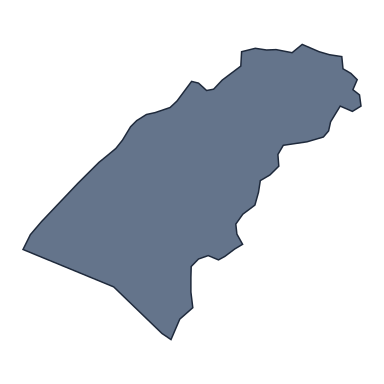 the district of São Francisco do Oeste, Rio Grande do Norte, Brazil
{"feature_id": "56859067B39459166800454", "entity_name": "São Francisco do Oeste", "entity_type": "district", "adm_level": 2, "iso_a3": "BRA", "parent_name": "Brazil", "parent_adm1": "Rio Grande do Norte", "projection": "robinson", "projection_center": [-38.17, -5.99], "detail": "fine", "context": "isolated", "style": "filled", "palette": "slate", "viewbox_px": 384, "rotation_deg": 0, "n_neighbors": 0, "source": "geoboundaries", "source_scale": "gbopen_adm2", "svg_char_len": 898}
<svg xmlns="http://www.w3.org/2000/svg" viewBox="0 0 384 384"><path d="M23.0,249.5L113.7,286.9L162.0,333.5L171.0,339.6L179.8,319.1L192.8,307.7L190.9,292.1L190.9,277.4L191.2,266.5L198.5,259.0L208.2,255.6L218.5,259.9L225.0,256.3L234.7,249.0L242.6,244.3L236.9,234.1L235.8,224.1L242.8,214.2L254.9,205.1L258.5,192.3L260.3,180.6L270.0,174.9L278.8,166.2L277.9,154.5L283.3,145.3L307.1,141.8L323.4,137.0L328.6,130.9L330.6,121.8L340.2,106.1L352.4,111.4L361.0,106.1L359.5,94.9L352.9,89.7L357.2,79.7L350.9,73.4L343.0,68.8L341.8,56.6L329.4,54.7L319.1,51.7L302.2,44.4L292.1,52.7L276.1,49.6L266.6,50.0L255.3,48.3L241.6,51.7L240.8,66.1L222.3,80.0L213.6,89.2L206.6,90.5L198.5,83.1L191.6,81.4L177.0,101.0L170.1,107.5L155.1,112.6L146.4,114.5L136.7,120.6L130.6,126.7L122.5,140.1L115.9,148.4L107.6,155.3L99.0,162.3L77.9,183.3L41.6,221.5L30.4,234.6L23.0,249.5Z" fill="#64748b" stroke="#1e293b" stroke-width="1.5"/></svg>